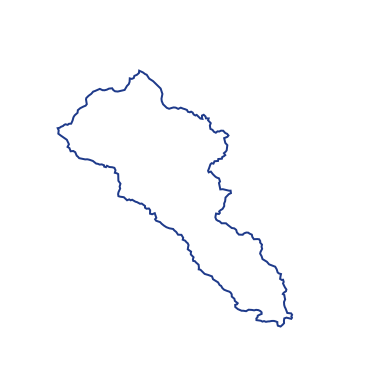 outline of Candiota, Rio Grande do Sul, Brazil, rotated 299°
{"feature_id": "56859067B24867666678469", "entity_name": "Candiota", "entity_type": "district", "adm_level": 2, "iso_a3": "BRA", "parent_name": "Brazil", "parent_adm1": "Rio Grande do Sul", "projection": "natural_earth1", "projection_center": [-53.764, -31.586], "detail": "fine", "context": "isolated", "style": "outline", "palette": "blue", "viewbox_px": 384, "rotation_deg": 299, "n_neighbors": 0, "source": "geoboundaries", "source_scale": "gbopen_adm2", "svg_char_len": 4345}
<svg xmlns="http://www.w3.org/2000/svg" viewBox="0 0 384 384"><g transform="rotate(299 192 192)"><path d="M117.3,334.7L120.1,335.7L121.9,336.1L124.0,334.8L126.2,334.0L127.9,335.5L128.7,338.4L129.2,340.3L130.5,340.4L131.4,339.2L133.1,339.1L133.9,337.6L132.4,334.0L135.5,330.3L136.4,328.9L137.9,327.4L140.4,325.8L143.3,325.5L144.7,324.2L146.7,322.6L146.8,320.9L148.2,321.0L150.8,322.3L152.5,321.8L153.6,319.6L154.8,317.8L156.2,315.9L157.8,315.8L159.4,314.2L158.6,313.1L158.7,311.2L161.7,310.1L163.4,309.6L162.9,307.4L163.2,305.9L165.4,303.6L167.0,301.0L166.1,294.5L167.3,291.3L167.5,286.2L169.6,284.0L171.1,281.5L172.7,281.0L176.3,280.9L177.8,279.4L179.9,278.7L180.8,276.1L182.1,275.5L183.2,273.7L182.6,272.1L180.7,269.0L182.0,266.5L183.7,265.0L183.5,262.5L183.7,260.9L182.9,259.2L181.7,258.1L180.4,257.3L179.2,257.1L177.5,253.7L178.4,250.9L180.3,249.0L180.7,246.7L179.8,244.2L180.5,239.6L181.1,236.9L179.0,233.1L179.7,230.4L179.4,228.4L179.6,226.6L181.2,224.7L182.6,224.2L184.8,223.5L185.8,226.2L187.2,226.5L188.2,225.2L190.0,225.8L191.9,226.9L193.4,227.0L195.3,227.0L197.5,225.7L200.1,225.4L203.4,224.0L205.2,224.5L207.9,225.2L209.9,226.6L211.9,225.1L211.1,223.7L209.4,217.6L208.0,215.5L213.0,211.2L214.8,211.4L217.0,209.0L216.6,206.4L216.8,204.8L217.7,201.6L219.0,198.6L217.3,197.1L218.3,195.8L221.2,195.4L225.1,194.7L226.7,195.2L227.2,197.0L229.8,196.8L231.8,199.7L233.6,199.0L235.6,202.0L237.3,201.5L238.7,202.5L240.4,203.2L241.4,201.1L243.9,202.0L245.3,202.1L250.1,200.2L251.1,197.3L254.7,194.0L257.4,196.2L259.1,196.5L259.9,194.5L259.7,192.5L260.7,189.6L259.7,187.6L258.1,186.5L257.4,184.9L255.4,184.1L255.3,182.0L256.3,179.7L256.1,177.5L258.8,175.4L261.3,175.0L262.5,171.3L264.4,170.9L263.2,168.5L264.6,167.2L265.2,164.8L263.7,163.7L262.1,164.5L261.0,165.6L260.3,163.7L261.7,158.7L260.6,157.9L260.6,155.9L261.8,154.0L261.8,152.2L260.7,151.5L260.2,149.5L261.3,147.8L261.0,145.5L260.6,143.7L260.3,141.3L258.0,139.6L257.9,136.9L257.1,135.0L256.1,133.9L253.7,131.6L253.4,129.1L254.7,124.2L256.8,121.5L258.7,120.1L263.4,118.6L267.3,114.4L270.1,104.2L270.4,99.6L272.6,95.5L272.4,93.9L272.8,91.1L272.5,87.0L270.3,87.9L267.8,87.0L265.6,85.3L263.4,85.8L261.7,84.5L261.2,82.5L258.1,84.0L255.7,84.4L253.2,83.7L248.6,83.6L243.9,78.4L242.8,75.9L243.0,73.8L244.0,71.9L242.2,69.3L240.2,67.9L238.6,66.2L237.7,64.4L237.5,61.4L233.2,58.1L231.9,56.9L229.0,56.3L226.0,54.9L222.9,54.0L221.6,54.4L217.8,57.4L215.9,57.1L214.2,55.7L211.1,53.6L208.2,52.5L205.8,53.5L202.1,52.2L199.9,52.1L196.6,52.9L193.2,53.2L192.0,51.3L190.5,50.7L189.8,48.4L188.5,47.6L187.2,47.2L185.5,45.8L184.0,45.1L182.7,43.6L181.3,45.5L178.2,46.8L177.8,49.5L177.0,57.2L174.1,61.2L171.1,61.3L171.0,63.5L168.8,66.1L170.3,68.3L170.2,70.6L167.9,73.5L167.5,75.3L166.9,76.9L168.7,82.7L169.9,84.7L170.5,86.8L171.1,90.3L170.4,94.4L171.0,96.0L171.2,97.9L172.4,99.7L172.7,102.1L171.6,102.9L172.0,104.7L173.7,104.9L173.8,107.6L175.0,110.3L175.5,112.4L174.0,114.5L171.4,115.2L171.9,117.0L171.9,118.7L170.5,119.6L166.1,122.2L164.6,125.4L161.6,126.1L160.2,127.5L156.2,127.8L154.3,128.4L152.7,129.7L153.1,131.5L154.4,134.9L153.3,139.2L155.1,140.7L155.0,142.4L156.2,143.4L156.1,147.2L156.5,149.0L156.5,152.2L157.5,153.6L157.0,157.7L155.5,158.5L155.3,160.3L156.7,162.3L155.8,164.2L152.7,165.8L153.2,167.9L155.4,169.7L152.1,173.3L150.3,172.9L149.5,174.4L149.7,176.0L150.2,178.7L149.5,180.9L149.0,183.8L148.8,186.7L149.3,189.9L150.5,193.4L149.9,194.9L149.4,197.6L147.9,200.5L149.4,203.5L147.7,206.5L145.8,207.0L146.1,209.7L145.4,211.5L145.1,213.1L143.9,214.7L142.2,215.2L139.8,216.1L139.4,220.1L137.9,220.6L136.8,221.3L135.7,225.0L133.6,225.4L132.3,226.5L132.9,228.0L132.3,229.7L131.6,233.0L129.4,234.6L127.6,235.4L128.1,237.1L126.5,242.7L126.9,244.7L127.3,246.4L127.9,250.4L125.9,252.7L125.6,258.6L124.0,261.3L124.0,263.0L122.7,265.1L122.1,267.5L122.5,270.7L122.9,272.7L122.8,274.4L121.8,276.3L119.8,277.5L119.2,280.8L117.5,282.3L116.9,285.9L115.6,285.8L114.2,284.5L112.4,285.6L111.8,288.9L112.2,293.0L113.0,294.4L114.0,297.1L116.5,298.6L117.9,301.6L118.6,303.7L120.0,305.2L120.9,307.4L121.0,309.6L120.5,311.2L119.1,312.0L117.4,310.6L115.7,309.5L114.1,310.0L112.6,309.6L111.2,310.5L112.1,312.8L112.8,314.7L112.8,316.4L114.0,317.6L114.3,319.6L115.6,321.2L116.5,322.6L117.9,324.3L119.0,326.3L119.4,328.0L119.6,329.7L118.3,330.4L116.7,331.9L117.3,334.7Z" fill="none" stroke="#1e3a8a" stroke-width="2"/></g></svg>